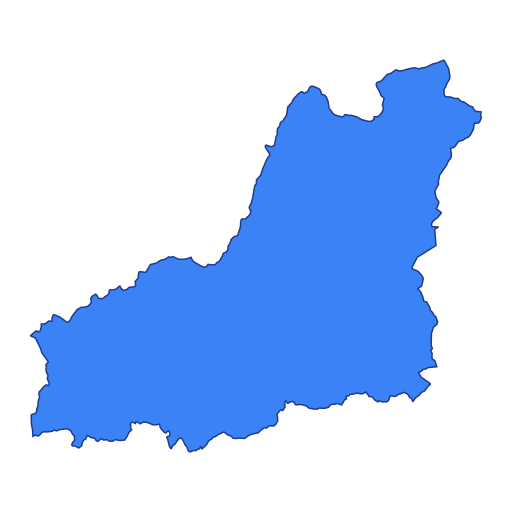 outline of Tay Giang, Quàng Nam, Vietnam
{"feature_id": "81297802B8357375846053", "entity_name": "Tay Giang", "entity_type": "district", "adm_level": 2, "iso_a3": "VNM", "parent_name": "Vietnam", "parent_adm1": "Quàng Nam", "projection": "robinson", "projection_center": [107.448, 15.895], "detail": "fine", "context": "isolated", "style": "filled", "palette": "blue", "viewbox_px": 512, "rotation_deg": 0, "n_neighbors": 0, "source": "geoboundaries", "source_scale": "gbopen_adm2", "svg_char_len": 5964}
<svg xmlns="http://www.w3.org/2000/svg" viewBox="0 0 512 512"><path d="M289.5,104.8L288.8,106.4L287.9,106.7L287.7,107.3L286.6,115.0L282.7,121.1L280.3,122.7L279.7,126.0L277.6,128.3L277.1,132.4L277.7,134.1L276.2,136.3L274.4,145.5L271.4,146.8L266.1,145.1L265.3,145.7L265.5,147.5L269.6,153.9L269.6,155.4L267.4,158.1L262.8,168.6L260.7,175.2L256.5,179.7L256.3,183.8L254.7,185.8L252.7,197.7L251.2,203.2L249.2,207.3L249.5,208.8L250.8,210.8L250.3,213.9L249.0,215.6L245.1,219.1L242.1,218.9L241.4,219.4L240.7,221.5L240.4,226.9L237.6,235.7L233.9,236.8L231.2,239.3L229.8,243.9L228.2,245.8L227.9,249.2L227.0,251.2L226.4,251.9L223.4,253.2L222.3,256.2L219.3,261.3L217.1,262.5L215.1,264.6L214.1,264.9L207.9,264.4L206.8,266.2L204.4,267.4L199.8,265.3L194.4,262.2L192.3,260.2L191.1,257.3L186.4,258.9L181.6,259.4L178.6,259.2L172.9,256.6L170.6,257.4L168.8,256.8L165.0,259.3L160.9,260.2L159.1,261.1L156.8,263.0L150.4,264.5L146.1,272.0L145.0,272.3L140.0,271.6L138.9,272.2L138.0,278.4L135.2,281.3L135.6,285.5L134.4,286.8L129.2,287.3L126.9,289.4L123.4,290.5L120.9,288.2L120.1,286.3L119.3,286.2L115.9,289.2L112.1,290.0L110.2,289.7L109.3,290.6L108.9,293.3L107.1,295.6L105.1,296.4L103.5,298.1L101.9,298.6L98.5,298.3L96.6,294.8L95.6,294.2L92.1,296.3L91.0,297.9L90.8,299.2L91.4,302.1L90.1,304.1L88.1,306.0L86.8,306.6L83.9,307.2L81.1,307.3L77.1,309.6L71.8,316.7L70.3,319.9L68.3,322.0L66.8,322.1L59.5,316.8L53.9,314.7L53.4,314.9L52.4,316.9L51.6,321.4L48.8,321.0L45.6,323.5L44.2,324.0L41.6,323.9L41.2,324.2L41.4,326.0L40.3,330.6L38.5,332.0L36.9,330.9L36.0,331.0L30.7,335.4L30.9,336.1L34.9,337.7L35.8,338.8L40.7,348.8L41.7,352.5L48.3,361.8L45.9,364.8L46.2,366.2L46.0,369.5L46.4,372.1L48.1,375.9L47.2,378.2L49.4,384.1L48.8,385.4L46.2,384.9L45.5,385.3L43.9,386.6L39.1,392.1L38.9,394.3L39.6,397.2L38.4,400.4L37.8,406.3L36.8,408.7L36.5,412.0L35.1,413.5L31.9,414.5L31.2,415.1L31.4,423.7L32.7,431.1L32.9,436.4L35.1,435.1L37.9,436.0L39.1,435.6L42.1,432.4L43.2,431.8L47.7,431.9L52.4,431.2L54.3,430.0L56.4,430.9L60.0,429.6L65.0,428.9L68.1,429.1L70.5,430.5L72.8,434.5L74.6,436.5L74.4,440.8L72.7,442.1L71.7,445.0L72.8,446.0L75.3,446.0L78.6,448.0L81.6,445.9L82.6,441.9L83.7,440.2L85.8,439.0L87.3,435.4L90.9,437.5L94.8,438.4L96.0,440.4L97.1,441.3L98.7,440.9L101.2,438.5L103.6,440.0L107.1,439.7L109.2,441.2L113.2,441.1L114.9,439.6L120.1,440.5L124.6,440.1L127.0,436.6L128.8,432.6L131.6,429.8L130.6,427.8L130.8,425.6L130.2,424.4L131.5,422.3L132.4,422.1L135.5,423.5L135.7,422.1L137.1,421.9L140.3,423.8L141.5,422.9L144.0,422.1L145.5,422.1L148.9,423.0L152.8,424.8L156.2,424.8L159.1,424.2L159.7,424.7L160.3,427.8L164.7,432.7L166.1,432.9L166.8,431.9L168.1,431.1L169.3,431.4L169.9,434.4L169.8,435.7L167.0,436.7L166.8,437.6L167.7,439.4L169.5,446.6L170.5,448.2L171.5,448.5L172.6,445.9L174.7,444.4L178.7,438.8L180.8,437.9L182.3,439.3L183.9,441.9L184.6,444.3L186.7,446.6L188.4,451.0L189.5,451.8L190.4,451.8L193.1,450.6L195.9,450.6L197.4,449.4L199.3,448.9L199.9,448.5L200.4,446.8L201.2,447.0L202.1,448.9L206.5,444.7L208.9,440.6L211.8,439.0L212.6,437.6L215.3,436.6L218.5,434.4L223.9,432.0L227.8,435.0L230.8,436.0L233.3,438.3L236.5,438.5L239.3,438.0L244.6,438.5L247.9,436.0L251.7,434.2L258.5,432.7L260.1,430.9L264.0,427.9L266.6,428.0L269.1,425.9L273.7,426.0L275.6,424.5L277.6,421.2L277.6,417.1L276.9,414.9L277.5,413.6L280.5,409.8L282.9,410.5L284.0,408.4L285.0,407.5L284.8,402.9L285.6,400.9L286.4,401.4L287.4,403.2L288.4,403.1L290.1,401.9L292.2,401.6L294.3,402.4L295.3,404.6L298.0,404.9L299.4,404.4L303.1,404.9L306.7,406.1L308.9,408.1L313.6,409.0L317.5,409.1L319.1,408.1L324.9,408.3L328.7,407.2L329.9,405.3L332.5,404.1L334.2,404.4L337.5,403.5L341.7,404.9L344.5,399.9L346.5,398.9L346.0,396.3L348.6,395.9L350.3,394.2L352.9,394.2L356.6,393.1L361.0,393.8L363.3,393.6L365.7,392.0L368.1,394.8L368.9,396.4L372.4,397.0L375.0,400.2L377.8,401.9L378.7,400.9L383.2,402.0L386.9,401.7L387.8,401.3L388.9,399.5L390.1,395.8L394.7,396.4L396.1,396.1L398.2,394.4L401.1,393.7L403.5,392.3L407.1,393.8L408.6,395.3L409.4,397.3L411.6,398.4L412.1,400.4L413.0,401.4L415.4,398.0L419.1,395.2L421.6,392.3L424.3,391.2L428.3,386.0L430.2,384.5L430.3,383.9L429.6,383.1L421.0,377.1L418.5,372.3L420.7,371.6L423.7,369.2L425.7,369.0L427.9,367.6L436.8,366.7L435.0,360.9L432.6,359.1L432.0,358.0L432.1,353.2L430.6,350.3L432.4,348.7L431.1,344.9L431.5,333.4L433.4,327.3L436.6,324.6L437.6,322.2L436.0,317.0L434.0,315.1L432.2,312.1L430.5,310.5L429.8,307.5L426.7,302.0L423.9,301.3L422.7,296.5L420.7,291.9L418.0,289.1L418.3,288.4L421.3,286.2L421.9,285.0L423.2,279.0L422.8,277.2L421.1,274.6L417.9,271.2L413.0,269.2L411.8,267.9L417.3,257.2L436.0,245.5L434.7,229.7L435.3,228.6L437.9,227.4L438.0,227.0L432.1,226.6L431.6,226.0L431.6,223.7L432.8,221.4L438.0,217.0L440.8,213.8L441.2,212.7L440.5,211.8L436.4,209.1L438.7,203.1L438.7,201.6L436.7,198.8L435.8,196.4L434.9,190.9L438.6,184.2L438.3,182.0L439.7,174.9L446.4,165.4L448.4,161.1L450.7,158.3L451.5,155.2L450.5,148.2L453.5,147.5L455.1,146.4L458.4,141.5L462.7,140.3L466.4,137.8L468.1,137.3L470.3,135.2L473.4,129.2L474.3,123.5L478.5,122.9L479.5,122.2L481.3,117.9L480.7,115.2L481.0,111.8L475.9,111.4L473.9,109.6L472.7,106.9L469.6,106.0L464.5,102.3L461.0,101.3L458.1,98.5L454.4,98.4L450.6,97.0L445.9,96.8L444.8,96.0L444.1,94.2L443.9,89.2L445.6,87.1L446.8,83.7L449.4,79.4L449.9,76.6L448.7,68.9L444.3,60.5L443.6,60.2L436.6,63.1L433.2,63.8L425.3,67.5L421.2,68.0L419.2,68.9L414.8,67.8L409.8,68.5L401.9,70.8L398.5,70.9L396.7,69.9L395.4,70.1L390.8,73.4L387.3,74.4L381.2,81.0L377.1,82.4L376.1,84.4L377.0,87.2L379.7,91.9L381.1,95.7L383.7,97.7L384.1,98.8L382.4,104.8L383.6,108.8L382.1,112.0L379.0,116.0L377.9,116.6L374.2,116.7L373.7,119.5L371.4,121.3L368.5,121.4L361.9,119.7L356.5,116.8L351.3,115.3L349.4,115.4L345.2,114.5L343.1,116.7L341.9,117.0L334.8,114.9L333.0,113.5L329.0,108.0L328.1,101.7L326.4,97.1L324.7,95.2L321.7,94.3L320.3,90.2L319.0,88.8L313.4,86.3L311.0,86.3L310.0,86.9L307.3,92.1L305.8,92.2L304.3,93.5L302.3,91.8L301.5,91.7L298.4,93.7L293.4,99.1L291.7,102.9L289.5,104.8Z" fill="#3b82f6" stroke="#1e3a8a" stroke-width="1.5"/></svg>